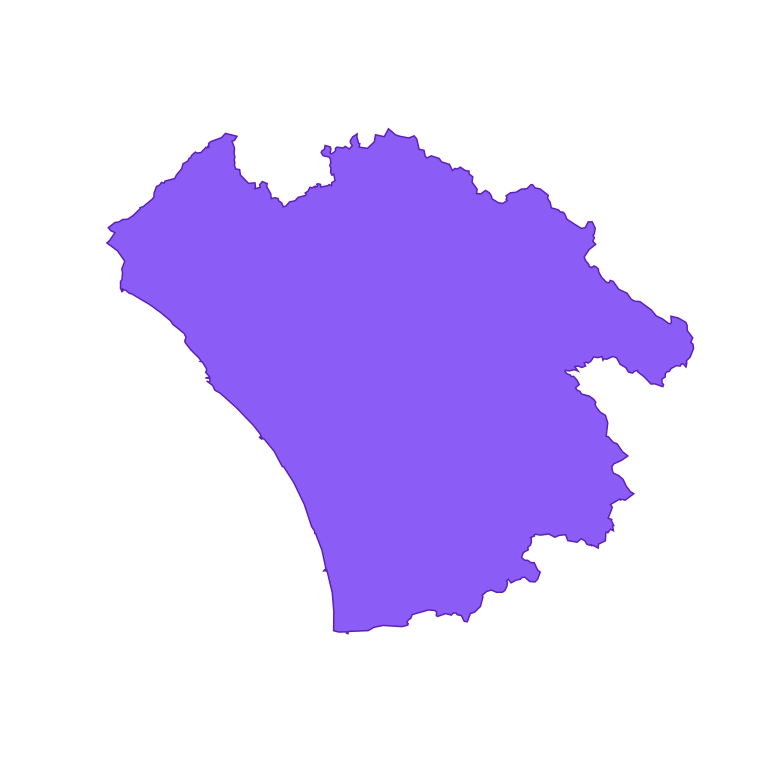 Abruzzo, Pescara, Italy (Robinson projection), rotated 190°
{"feature_id": "23120603B60396852211", "entity_name": "Abruzzo", "entity_type": "district", "adm_level": 2, "iso_a3": "ITA", "parent_name": "Italy", "parent_adm1": "Pescara", "projection": "robinson", "projection_center": [14.015, 42.289], "detail": "fine", "context": "isolated", "style": "filled", "palette": "violet", "viewbox_px": 768, "rotation_deg": 190, "n_neighbors": 0, "source": "geoboundaries", "source_scale": "gbopen_adm2", "svg_char_len": 6154}
<svg xmlns="http://www.w3.org/2000/svg" viewBox="0 0 768 768"><g transform="rotate(190 384 384)"><path d="M200.9,215.3L198.8,218.4L197.5,225.8L200.7,227.8L205.0,234.1L208.2,233.6L211.9,235.3L214.7,234.9L217.9,236.6L218.4,237.9L217.4,242.3L213.1,245.8L214.1,248.2L211.9,250.6L211.4,253.7L212.1,257.2L213.1,258.1L209.5,260.4L209.9,261.1L208.9,262.3L203.5,262.4L195.8,264.9L189.1,262.8L185.1,265.4L179.0,267.1L175.8,261.7L166.4,261.7L163.0,265.8L159.0,264.5L156.6,261.6L153.4,260.9L151.8,261.8L151.3,260.8L150.0,261.4L144.6,259.6L144.9,263.6L138.8,267.9L139.7,276.3L138.6,277.1L137.7,276.4L135.7,280.3L132.6,279.3L134.2,283.7L133.1,284.5L136.3,288.8L136.2,290.2L139.9,290.7L137.7,302.2L140.1,304.6L131.8,311.7L131.1,310.8L129.2,311.8L126.4,311.4L119.0,319.3L122.7,320.8L127.7,325.5L132.1,331.7L137.0,334.6L142.4,335.9L143.6,337.4L145.3,342.1L143.7,345.4L136.9,350.0L131.4,355.5L137.6,358.9L144.2,365.7L147.9,366.2L154.0,371.1L156.1,371.1L156.9,384.5L160.5,391.6L166.2,393.8L171.1,398.2L172.6,400.7L172.2,402.6L174.8,405.3L179.9,407.8L187.6,408.4L190.0,410.9L192.9,411.5L194.7,413.5L191.6,417.4L194.5,421.2L198.5,424.4L200.9,423.9L202.3,425.3L205.4,425.7L207.7,427.6L207.8,428.9L203.6,429.1L199.0,431.2L195.1,430.4L199.2,434.3L195.9,435.4L192.1,434.6L188.6,436.8L190.5,439.5L188.5,440.6L186.6,440.0L184.0,442.8L182.3,447.1L177.9,447.1L174.1,448.9L172.5,445.5L171.9,447.0L168.9,447.1L163.4,450.9L159.5,450.2L154.8,444.3L148.8,442.2L145.3,438.2L141.2,437.9L139.5,440.2L136.6,441.3L136.0,439.9L129.2,436.4L121.0,430.3L117.6,431.2L108.9,429.8L108.6,431.9L110.6,433.7L111.0,437.4L108.3,439.7L108.7,442.9L107.9,444.8L105.2,446.1L103.9,449.1L99.4,452.8L95.4,453.1L94.4,455.6L92.6,455.6L89.6,453.2L89.4,455.7L90.3,456.7L89.4,457.2L90.2,459.4L87.3,463.4L85.3,472.8L86.7,477.0L89.1,478.2L88.0,483.1L94.7,489.3L95.6,494.2L97.4,497.1L105.6,500.1L113.2,500.6L111.7,494.8L112.3,493.1L114.5,493.1L121.0,496.5L127.8,498.3L133.5,503.3L146.3,509.6L151.7,509.1L155.4,510.5L160.4,515.6L169.2,518.0L176.1,524.8L179.2,525.3L179.8,523.0L182.5,522.7L188.1,526.7L191.9,531.4L192.9,534.5L195.8,536.3L197.8,536.7L199.6,534.8L202.5,535.5L203.0,537.2L206.9,540.6L208.9,543.8L205.3,552.1L199.8,558.3L203.1,560.8L202.2,564.6L204.0,566.6L203.0,568.1L203.0,574.1L207.2,579.9L211.1,579.1L212.9,573.0L216.4,571.5L219.9,572.7L232.4,578.0L235.8,583.2L237.8,584.4L240.3,584.0L242.5,585.8L249.8,586.5L251.9,591.8L255.3,595.5L255.0,598.4L264.3,603.3L269.2,603.3L272.4,606.1L273.9,605.8L277.2,601.1L282.6,599.8L287.2,595.8L292.6,594.3L296.5,590.4L295.3,588.8L295.8,587.1L294.6,586.1L298.2,582.5L303.0,582.4L310.1,585.3L310.7,587.6L313.4,590.6L317.7,592.3L321.6,588.1L325.9,587.6L326.1,592.0L332.3,598.1L332.6,603.5L336.7,605.6L337.2,608.4L341.3,608.4L346.4,610.8L349.4,608.4L351.7,608.6L353.7,606.1L357.7,611.7L365.8,612.7L368.9,615.7L377.1,616.9L380.8,614.1L382.9,615.3L385.2,621.1L390.2,621.3L394.3,631.0L397.4,633.6L402.4,630.6L411.2,630.7L415.7,631.3L423.9,636.1L426.7,627.6L435.6,628.0L435.6,620.8L441.2,613.2L449.6,613.0L449.6,616.5L450.6,616.4L453.5,622.2L453.9,625.6L457.8,621.9L459.4,617.9L459.0,615.8L456.7,613.3L458.9,609.4L463.4,611.3L465.2,609.4L471.4,609.1L472.8,607.6L472.2,606.1L473.0,604.0L475.8,601.4L477.1,602.0L477.1,606.4L478.2,608.2L483.4,608.7L483.5,604.7L485.7,602.7L486.0,600.8L483.5,598.2L477.5,598.0L475.7,596.1L474.8,592.1L475.4,589.9L473.8,587.6L473.3,583.0L471.5,580.6L470.0,581.9L467.5,575.8L470.4,573.2L470.1,570.1L472.6,570.9L473.8,569.5L480.5,567.0L481.2,569.5L483.7,569.8L484.9,569.0L483.6,567.3L485.7,565.7L486.2,566.8L488.8,564.7L491.0,564.9L492.4,560.7L494.8,558.4L493.6,557.5L494.0,556.1L501.1,552.8L503.4,549.0L508.6,547.0L511.6,542.1L513.9,541.0L516.3,544.7L519.4,546.0L520.6,548.3L523.5,548.5L527.3,547.1L528.6,551.7L533.9,558.2L533.8,561.1L539.0,562.2L541.1,558.5L540.0,556.1L545.2,553.9L544.9,556.1L546.0,559.7L552.3,558.1L561.8,565.0L563.4,570.1L567.5,570.0L569.4,573.9L569.2,575.9L570.4,578.4L570.3,581.9L571.6,584.7L572.2,590.5L575.9,596.7L573.6,597.9L571.8,602.4L583.6,603.3L586.8,598.4L596.9,592.5L598.5,590.4L597.6,586.8L598.9,587.4L599.4,585.7L600.5,586.1L604.3,580.2L608.2,579.0L610.1,579.6L613.2,575.6L613.7,573.3L615.2,572.3L615.8,569.6L620.2,565.9L620.6,560.9L624.7,553.8L625.8,550.0L634.9,545.8L635.4,543.6L638.1,543.9L639.5,541.0L642.3,539.0L643.6,532.0L643.0,528.4L644.1,526.1L651.8,517.0L655.0,515.2L654.7,514.1L660.3,506.4L665.0,501.8L669.9,500.6L673.3,497.5L676.9,496.4L682.7,490.1L679.7,487.5L675.2,486.4L679.1,477.7L681.4,474.8L669.5,468.8L660.6,459.9L662.2,451.7L660.8,448.2L660.2,441.3L661.3,439.2L660.1,432.4L658.4,430.0L659.2,431.6L657.9,432.3L657.3,431.2L658.6,429.0L657.6,429.7L657.2,430.8L657.2,431.5L654.6,431.5L650.4,429.0L648.5,429.1L628.4,421.5L616.5,415.7L605.4,409.3L602.2,406.0L589.9,399.3L587.0,395.6L587.7,391.9L587.0,390.3L580.4,384.2L570.8,377.6L568.2,374.9L568.9,374.4L566.7,374.1L561.6,368.4L561.0,366.1L561.7,364.6L557.3,361.0L557.4,360.1L559.7,359.5L560.9,358.9L557.6,359.2L558.0,359.8L556.8,360.3L555.9,356.2L556.6,355.6L555.8,355.2L559.2,356.2L552.6,352.9L549.4,348.5L543.4,346.4L525.0,334.9L505.3,320.5L496.9,312.9L496.0,311.2L496.9,310.3L496.7,310.3L496.2,309.8L495.9,309.6L495.9,311.0L494.5,309.4L495.4,308.9L497.5,310.4L496.7,309.4L494.9,308.5L493.9,309.4L491.9,308.5L480.5,298.7L469.8,285.0L468.3,285.0L455.7,271.2L441.7,251.8L430.4,230.9L426.7,226.9L426.3,224.8L425.4,224.8L416.2,209.5L409.3,192.5L409.1,191.5L410.6,190.4L410.8,189.7L408.4,191.4L407.8,190.1L409.7,190.2L410.1,189.8L407.9,189.8L406.9,188.4L398.7,169.5L393.8,150.7L390.8,132.3L385.4,131.9L377.2,133.5L377.6,132.1L376.1,131.9L376.4,133.3L375.4,134.3L356.7,138.4L351.6,142.7L342.8,146.1L324.1,148.2L318.7,150.7L318.6,152.3L320.2,153.2L318.9,156.2L317.0,157.7L316.2,161.8L301.0,169.2L294.5,169.8L292.5,168.4L292.3,165.0L291.0,164.4L283.3,168.6L277.5,168.1L276.1,170.3L273.4,171.1L271.8,169.5L267.6,169.4L263.8,164.2L260.7,164.3L259.1,172.9L255.1,175.1L250.4,181.7L249.6,191.3L250.5,193.0L246.8,197.6L242.6,199.7L236.9,198.4L231.4,199.4L229.1,201.6L227.9,205.8L227.9,209.9L229.1,211.3L227.7,213.3L224.4,210.2L219.6,213.9L215.8,215.4L214.4,217.4L211.8,218.2L206.2,214.8L200.9,215.3Z" fill="#8b5cf6" stroke="#5b21b6" stroke-width="1.5"/></g></svg>